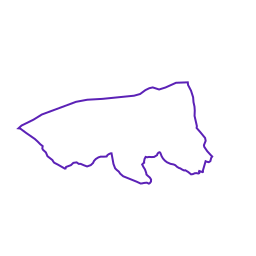 Liberia, Natural Earth projection, rotated 128°
{"feature_id": "LBR", "entity_name": "Liberia", "entity_type": "country or territory", "adm_level": 0, "iso_a3": "LBR", "parent_name": "Africa", "parent_adm1": "", "projection": "natural_earth1", "projection_center": [-9.107, 6.445], "detail": "fine", "context": "isolated", "style": "outline", "palette": "violet", "viewbox_px": 256, "rotation_deg": 128, "n_neighbors": 0, "source": "natural_earth", "source_scale": "50m", "svg_char_len": 1730}
<svg xmlns="http://www.w3.org/2000/svg" viewBox="0 0 256 256"><g transform="rotate(128 128 128)"><path d="M55.2,109.0L57.1,107.2L59.8,101.3L63.7,95.6L67.3,92.3L70.2,88.8L73.2,86.1L77.5,83.0L84.1,74.9L85.7,74.0L86.8,68.3L88.4,61.1L90.3,58.9L94.8,57.6L95.9,56.3L97.5,51.3L98.5,45.4L98.6,44.1L100.4,44.0L103.4,42.7L105.2,43.3L106.0,45.0L106.4,46.4L115.6,42.7L116.4,41.9L116.9,42.1L118.0,45.4L118.7,45.2L119.2,44.2L119.8,44.1L120.6,44.6L121.3,46.1L122.5,47.5L124.4,48.5L125.7,49.8L125.6,53.4L126.0,56.8L126.9,57.6L127.4,59.7L127.6,61.9L128.1,63.1L128.4,65.4L128.2,67.8L128.6,69.5L130.1,72.5L131.0,76.2L131.0,78.9L130.5,81.7L129.5,84.2L127.8,87.0L127.6,88.1L128.6,88.8L130.2,88.9L131.5,88.4L134.7,89.6L136.4,91.5L137.9,93.7L139.3,94.9L139.9,96.3L142.2,95.9L144.9,94.5L145.4,93.9L146.2,94.2L148.0,94.4L149.2,91.9L150.2,89.1L152.2,86.0L153.3,84.8L153.5,82.8L153.6,80.3L154.4,78.1L156.1,76.9L158.0,76.9L159.0,77.3L159.5,79.5L161.0,81.1L162.2,82.2L162.9,82.7L164.0,83.9L165.0,88.2L169.0,102.1L168.8,106.0L168.0,108.5L168.0,110.9L167.7,113.3L165.3,117.3L158.1,125.4L158.7,126.1L160.4,127.0L162.1,127.5L163.6,127.3L165.4,129.3L167.3,131.8L169.3,133.2L172.3,134.3L174.9,134.5L177.1,134.0L180.2,134.5L183.5,136.6L184.6,140.1L185.4,143.2L186.6,144.7L186.7,147.3L189.1,149.6L192.4,150.1L196.8,152.8L197.9,152.6L198.3,152.3L198.9,152.8L200.0,160.6L200.8,164.8L200.4,166.4L199.8,167.8L199.8,174.1L197.8,177.7L197.5,181.6L196.9,182.9L194.8,184.1L194.8,187.1L194.3,190.8L194.0,194.7L194.6,205.0L194.8,212.6L195.7,214.1L191.6,213.4L179.6,207.6L170.4,204.2L139.4,185.1L130.8,177.5L120.8,166.1L98.8,143.1L93.8,139.4L87.4,137.6L83.5,135.7L80.8,133.5L78.5,127.2L73.0,123.4L62.8,118.0L55.2,109.0Z" fill="none" stroke="#5b21b6" stroke-width="2"/></g></svg>